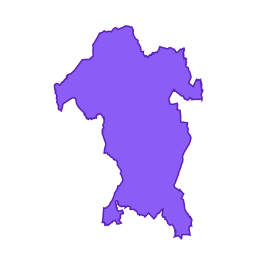 Vietalvas pag., Plavinu, Latvia (Equal Earth projection), rotated 280°
{"feature_id": "27541924B27962464442280", "entity_name": "Vietalvas pag.", "entity_type": "district", "adm_level": 2, "iso_a3": "LVA", "parent_name": "Latvia", "parent_adm1": "Plavinu", "projection": "equal_earth", "projection_center": [25.736, 56.75], "detail": "fine", "context": "isolated", "style": "filled", "palette": "violet", "viewbox_px": 256, "rotation_deg": 280, "n_neighbors": 0, "source": "geoboundaries", "source_scale": "gbopen_adm2", "svg_char_len": 5880}
<svg xmlns="http://www.w3.org/2000/svg" viewBox="0 0 256 256"><g transform="rotate(280 128 128)"><path d="M99.0,108.9L99.4,110.1L99.9,110.5L99.7,111.8L98.3,112.8L98.3,114.5L97.5,115.0L96.6,116.1L96.3,117.0L96.4,117.5L96.0,118.2L94.7,119.2L94.6,119.9L94.3,120.0L94.5,120.5L93.8,122.4L93.9,122.7L91.1,123.9L89.6,123.9L85.0,128.7L83.0,128.8L81.9,128.3L80.0,130.0L76.1,131.9L74.4,131.8L69.8,129.7L69.0,128.0L66.9,128.0L66.7,128.4L61.4,126.0L59.0,126.2L53.3,124.7L50.8,123.4L49.4,123.4L48.2,122.7L45.1,119.9L45.1,118.0L32.4,119.2L30.6,119.0L30.5,119.4L31.2,120.7L30.1,121.3L30.3,121.6L28.1,122.2L28.5,123.4L29.3,124.0L29.1,124.4L29.2,124.8L28.7,125.3L29.7,125.9L30.2,126.7L31.8,127.9L32.2,128.7L33.5,128.9L33.8,130.2L34.2,130.4L34.8,131.2L34.7,131.8L31.6,133.6L31.9,135.5L33.3,137.9L36.0,134.5L37.0,135.3L37.5,136.2L39.8,135.7L40.1,136.0L40.4,135.6L41.6,135.5L42.8,137.6L42.9,138.2L44.1,138.0L44.0,137.5L46.1,136.8L44.3,132.8L45.8,131.3L47.5,131.2L47.5,130.5L47.9,130.2L50.5,129.8L50.6,130.3L51.1,130.3L51.1,129.4L51.8,128.5L53.9,128.7L54.3,129.3L54.0,130.7L53.0,130.8L50.0,132.7L49.7,133.9L49.4,135.4L50.0,136.3L50.5,138.9L48.9,139.0L51.0,141.1L50.9,144.0L48.4,144.2L48.3,145.5L49.0,146.7L49.0,148.0L47.9,149.0L47.9,150.0L47.5,151.2L44.6,152.9L44.9,153.6L44.1,154.7L44.9,155.4L44.5,158.6L44.4,159.1L43.4,160.1L47.9,163.0L43.1,169.3L44.0,169.5L45.0,170.7L49.3,172.0L49.3,173.2L53.9,175.7L54.2,176.4L47.5,176.8L46.2,178.2L46.6,180.1L44.6,180.1L44.2,181.8L43.2,182.7L41.2,183.6L39.8,185.7L39.5,186.3L40.6,187.6L40.6,188.4L38.2,190.6L36.6,191.3L35.8,192.3L34.8,191.9L34.2,192.1L35.0,192.8L34.9,192.9L33.5,193.2L32.4,192.9L31.4,193.0L31.4,193.4L30.8,193.5L30.8,193.0L30.4,193.2L28.9,192.6L30.8,196.3L28.4,199.6L27.7,200.0L32.4,199.7L33.4,205.2L33.3,207.7L40.7,205.2L42.6,206.5L42.5,207.7L45.7,206.6L47.8,207.0L48.7,206.8L51.5,204.7L50.9,204.2L51.1,203.9L53.5,202.3L54.5,200.8L58.0,197.9L62.6,196.6L66.5,195.1L67.2,194.7L67.3,193.7L68.1,192.8L73.7,194.5L72.7,194.2L76.3,189.7L75.1,189.3L75.7,188.7L77.7,184.1L79.7,183.2L80.4,183.2L81.6,183.8L91.5,185.8L92.1,185.5L98.9,186.8L101.0,186.8L103.8,187.6L106.4,187.5L109.5,186.6L113.9,187.5L122.6,190.9L126.5,191.7L129.7,191.6L132.6,189.4L134.0,187.5L137.1,187.6L139.0,186.6L140.1,185.5L142.5,186.0L143.4,185.6L143.3,181.5L142.9,178.9L149.9,177.5L154.3,176.2L154.8,173.1L156.0,173.2L159.8,172.7L160.9,172.1L159.2,168.5L158.8,165.1L162.1,163.9L162.4,163.4L163.4,163.0L173.8,166.1L173.9,167.0L172.3,166.9L172.5,168.8L171.4,170.3L171.1,171.3L170.4,172.2L170.4,172.6L168.9,174.9L169.0,176.9L166.5,178.5L166.0,181.0L165.8,181.2L166.3,182.7L166.8,182.7L167.5,183.5L168.1,183.3L168.5,183.5L168.1,183.8L168.3,184.7L167.7,185.6L167.8,185.8L167.0,185.8L168.4,191.3L168.3,192.7L168.8,193.3L169.3,195.0L168.1,195.9L168.5,196.0L171.2,195.5L172.9,194.4L173.6,194.3L178.0,195.2L177.9,193.8L178.3,194.0L178.2,194.5L178.5,194.5L178.8,194.3L178.9,193.7L181.0,193.4L181.5,192.9L182.2,193.0L182.1,192.8L183.3,193.2L183.5,192.5L184.1,192.6L184.3,192.3L184.7,192.6L185.6,192.2L185.3,191.7L186.8,191.8L187.2,190.8L188.3,190.9L187.8,190.2L187.8,189.6L187.5,189.3L187.9,188.7L187.0,188.2L187.4,187.8L187.4,187.2L187.6,187.0L180.1,185.0L183.0,179.9L188.7,181.3L191.3,180.4L194.1,178.8L195.7,177.5L197.7,176.9L198.9,174.0L200.3,173.9L200.7,174.3L202.0,173.8L202.5,174.2L203.1,174.1L203.3,173.6L205.3,173.4L205.9,173.7L206.3,173.2L205.7,172.8L205.8,172.6L206.8,172.0L206.8,171.3L206.4,171.1L207.2,171.0L207.5,170.4L208.7,170.3L208.8,169.9L209.3,170.2L210.2,170.1L210.4,169.6L210.8,169.6L210.8,169.4L211.4,169.6L212.0,169.1L212.8,169.7L213.6,169.4L214.2,169.9L214.5,169.4L215.4,169.8L216.4,169.2L215.4,167.8L214.4,167.1L214.7,166.1L211.3,163.7L210.8,162.2L212.6,160.9L213.7,159.5L213.4,158.7L214.4,156.8L214.2,154.7L212.8,153.3L213.4,145.9L213.7,145.3L212.2,144.9L210.7,145.0L210.6,144.7L209.7,144.6L209.1,144.1L207.6,143.7L207.9,143.4L207.2,142.6L207.4,141.7L206.3,140.7L206.4,140.4L206.2,140.5L205.9,140.1L205.4,139.9L206.0,139.1L205.4,139.0L205.4,138.6L203.7,138.3L203.6,137.8L203.9,137.6L203.8,136.9L203.3,136.7L202.5,135.8L200.9,135.1L202.2,133.7L202.4,133.1L201.3,132.2L204.1,129.9L206.1,129.9L205.5,128.8L205.7,127.3L207.5,127.2L208.5,126.6L210.1,126.2L211.0,125.1L212.4,124.5L212.9,123.1L216.0,122.6L217.1,120.1L220.4,117.2L221.8,117.1L222.4,116.5L223.1,116.3L224.9,116.3L227.1,115.1L228.1,114.0L227.7,112.4L228.3,111.6L228.0,107.5L226.6,106.1L223.2,100.8L224.5,99.4L224.5,98.2L223.4,96.7L219.9,94.8L220.0,92.5L218.8,89.9L219.5,87.8L219.1,87.2L217.4,86.0L216.8,84.1L216.1,83.4L213.3,82.7L205.0,79.6L204.3,79.0L203.6,79.0L200.3,80.1L199.2,79.8L192.8,81.3L190.5,79.0L189.0,78.7L187.4,71.2L174.9,65.0L172.4,62.9L171.1,62.2L171.1,61.4L170.0,59.2L169.3,58.9L169.0,59.2L168.2,58.9L167.8,59.0L167.8,58.6L167.5,58.7L167.4,59.4L166.8,59.3L166.7,58.9L165.8,58.6L165.9,58.4L165.6,58.4L165.5,58.1L164.9,57.8L164.9,57.4L164.3,57.2L163.9,56.7L162.3,56.5L162.1,55.5L161.7,55.1L158.7,53.8L158.3,53.0L159.5,51.5L159.3,49.6L157.7,48.3L156.5,48.3L152.7,49.4L152.6,50.3L152.3,50.5L149.9,50.1L149.5,50.9L147.6,52.3L146.8,52.1L145.5,52.6L144.6,52.3L144.3,53.0L143.2,53.4L141.4,53.2L137.9,55.5L136.4,55.9L135.2,55.9L134.0,56.8L134.3,58.2L133.3,59.0L133.2,59.4L138.0,59.8L139.5,59.7L140.7,60.0L148.4,68.3L147.8,71.5L143.6,72.9L141.4,74.3L138.8,77.0L135.5,82.0L134.0,82.3L133.5,82.7L134.0,83.2L133.3,83.3L132.3,84.4L131.6,84.5L130.9,85.4L130.2,85.8L130.7,86.4L129.7,87.1L129.6,87.6L130.6,88.2L131.0,89.5L130.1,90.3L130.1,90.6L131.1,90.9L131.0,91.5L131.6,92.0L131.4,92.4L131.5,93.1L131.8,93.6L132.5,93.8L132.3,95.1L132.9,95.2L134.4,94.5L135.1,94.7L135.4,95.0L135.3,95.5L135.5,96.0L136.3,96.1L136.8,97.4L137.2,97.7L136.1,100.0L133.6,102.0L134.3,102.6L134.2,102.7L133.4,102.2L132.1,103.2L131.8,103.0L129.5,103.5L126.9,102.8L125.4,103.1L123.8,104.2L122.3,103.0L120.7,103.0L120.4,103.7L118.7,103.4L108.3,109.1L103.1,108.6L99.0,108.9Z" fill="#8b5cf6" stroke="#5b21b6" stroke-width="1.5"/></g></svg>